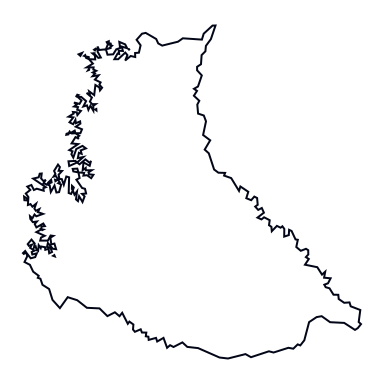 Maracaju, Mato Grosso do Sul, Brazil (orthographic projection)
{"feature_id": "56859067B1064226501781", "entity_name": "Maracaju", "entity_type": "district", "adm_level": 2, "iso_a3": "BRA", "parent_name": "Brazil", "parent_adm1": "Mato Grosso do Sul", "projection": "orthographic", "projection_center": [-55.512, -21.462], "detail": "fine", "context": "isolated", "style": "outline", "palette": "ink", "viewbox_px": 384, "rotation_deg": 0, "n_neighbors": 0, "source": "geoboundaries", "source_scale": "gbopen_adm2", "svg_char_len": 5705}
<svg xmlns="http://www.w3.org/2000/svg" viewBox="0 0 384 384"><path d="M142.0,33.7L136.6,39.8L140.6,45.3L138.9,52.7L135.1,53.0L135.2,57.0L130.7,56.0L125.2,60.5L127.4,55.1L125.3,52.6L118.2,59.2L114.4,59.2L117.6,53.5L119.2,54.0L118.7,50.7L122.9,51.0L121.8,46.6L127.1,48.2L125.2,44.4L119.3,41.9L120.1,48.0L116.3,49.3L113.2,54.3L107.5,54.7L105.9,49.3L99.2,50.0L97.6,46.5L97.6,51.7L100.8,57.5L98.3,57.9L94.8,54.2L95.2,59.4L89.0,59.2L92.9,63.6L86.7,67.4L93.6,67.4L93.3,69.5L96.2,70.8L92.8,72.5L95.0,73.5L92.6,76.2L98.6,75.3L94.9,79.6L100.6,82.4L99.4,84.7L102.1,87.7L100.0,90.4L99.4,87.5L95.4,85.0L94.2,95.1L89.1,91.3L89.8,94.3L86.6,93.0L91.9,97.5L89.9,101.6L93.3,105.4L93.3,110.6L90.4,105.7L88.4,109.8L87.0,105.4L83.3,106.5L86.1,101.1L81.2,96.9L77.9,97.1L81.5,100.5L79.5,103.9L74.1,102.5L76.6,104.8L74.1,106.5L78.0,107.1L77.2,109.7L80.9,110.9L77.4,115.1L76.8,112.3L73.0,112.0L73.6,113.6L68.6,116.7L73.3,117.4L69.5,122.3L73.2,124.2L75.4,119.9L75.9,123.2L80.1,121.4L80.4,123.6L75.8,126.7L82.0,129.3L80.4,133.2L75.4,133.2L79.2,135.8L77.5,137.1L78.8,138.8L75.5,137.1L71.6,143.4L78.1,144.1L69.3,150.1L72.5,151.3L71.4,154.2L73.3,157.6L76.3,149.0L82.5,145.9L85.9,148.4L80.7,150.4L81.6,153.8L78.9,152.8L77.8,158.1L83.4,157.0L77.1,162.5L79.5,164.3L85.4,159.4L89.9,163.0L91.0,160.8L89.7,165.8L83.5,162.4L82.7,170.1L85.7,167.9L85.8,170.3L91.8,170.2L88.5,172.4L89.1,174.3L93.4,174.8L91.2,178.2L87.0,175.2L83.4,175.6L84.1,172.9L78.4,172.4L79.6,178.0L76.4,179.7L82.1,188.0L85.0,188.8L86.1,193.5L82.1,193.9L84.6,196.4L82.5,202.0L79.1,196.2L78.0,201.1L76.0,199.4L77.0,191.4L74.5,194.7L72.8,190.4L71.1,193.9L68.7,193.0L69.1,177.3L66.3,176.5L63.8,184.8L61.8,179.1L59.4,179.0L58.6,174.7L62.0,171.0L58.6,170.8L59.9,167.1L58.0,164.6L54.1,170.9L55.4,173.9L53.6,176.6L55.8,175.9L59.7,182.3L58.3,183.2L61.2,184.5L59.1,192.1L56.4,192.5L54.5,185.5L50.8,192.0L49.7,185.4L43.5,183.3L45.8,179.8L43.5,181.1L41.1,178.4L41.7,173.5L39.7,173.7L38.7,177.3L33.2,178.6L45.8,187.2L43.4,188.1L43.7,190.7L36.8,188.7L33.9,190.0L31.4,185.0L27.3,186.6L30.3,189.9L25.8,193.5L28.4,197.1L27.9,205.0L30.5,204.1L32.4,206.7L36.1,203.7L34.4,208.6L35.9,210.8L39.3,209.1L37.9,212.1L43.0,213.9L36.3,216.3L34.5,214.5L32.4,218.3L30.0,216.2L30.3,218.9L32.8,222.1L36.9,221.5L34.7,224.0L36.4,227.4L43.3,223.5L44.9,226.1L41.4,226.5L41.5,229.3L36.4,232.1L44.7,235.8L41.0,237.6L40.2,240.6L47.9,240.6L50.6,235.5L53.3,235.9L50.4,237.7L51.3,244.4L54.4,243.6L56.1,249.2L52.9,248.8L47.9,243.0L47.0,246.9L50.4,247.6L52.0,252.0L49.2,253.3L48.6,248.8L45.3,249.8L45.0,247.2L41.1,246.5L40.7,248.1L38.7,245.2L38.1,250.9L36.7,250.3L35.7,246.4L33.9,247.8L34.7,243.5L31.5,239.6L27.7,244.1L28.8,245.8L31.9,244.7L30.1,247.8L34.5,250.6L31.7,252.0L32.3,254.5L36.8,253.3L35.2,257.1L30.7,258.3L26.2,252.5L27.3,256.1L24.5,262.0L29.9,264.8L33.2,271.7L38.7,275.8L37.8,277.8L40.4,278.7L42.5,284.8L49.1,289.0L52.5,299.9L59.9,308.1L67.7,297.2L77.2,300.2L86.9,307.8L99.5,308.4L107.4,316.1L114.9,312.3L119.5,316.2L122.2,312.8L127.8,323.8L129.4,321.6L133.4,324.5L133.0,329.5L134.9,331.8L140.7,329.3L141.9,332.5L146.3,332.6L145.8,336.3L148.4,336.7L148.7,339.9L156.0,337.9L157.2,341.5L163.5,337.9L167.1,347.8L170.1,345.2L173.5,347.0L182.4,342.4L187.3,346.9L198.1,348.1L219.5,357.5L228.0,358.5L245.5,354.1L251.0,357.2L268.9,351.3L273.6,352.5L288.4,347.8L293.3,348.7L297.7,344.4L300.3,345.4L304.3,340.3L309.1,322.1L316.6,317.1L321.7,316.2L330.1,322.2L344.2,322.9L355.0,329.9L357.8,328.1L361.0,324.1L358.7,322.0L360.3,310.0L350.7,306.3L349.5,302.4L344.2,302.8L338.7,299.0L338.3,294.8L333.5,294.7L329.5,288.3L325.7,287.2L324.3,284.7L328.0,283.3L330.6,278.3L324.1,277.7L325.2,271.7L322.0,274.6L317.3,267.2L305.0,264.7L308.8,259.0L305.9,257.1L308.3,254.5L308.2,250.2L306.0,248.8L300.8,250.8L296.3,247.0L297.8,239.8L295.5,239.4L291.6,231.0L289.1,229.8L288.8,235.1L284.2,236.6L284.3,228.9L282.4,226.3L280.6,227.7L276.9,225.9L271.8,231.2L271.4,226.8L269.0,225.2L269.7,220.2L264.1,217.3L261.5,219.4L257.5,217.6L263.9,212.7L261.8,208.0L258.2,209.9L255.2,206.6L257.7,204.8L257.1,198.0L254.3,196.6L251.2,200.2L246.3,198.2L248.3,191.8L240.4,186.5L239.0,190.9L231.2,178.1L224.1,175.6L225.1,172.9L218.4,172.7L214.1,169.5L208.8,153.3L204.7,149.6L210.2,140.3L203.1,135.0L206.0,121.3L203.8,115.5L198.1,113.6L197.3,104.6L199.3,100.8L193.9,95.7L197.0,90.9L194.0,88.8L198.0,86.5L201.8,75.4L197.1,70.3L197.1,66.8L201.0,64.2L201.6,55.1L205.4,51.3L205.9,45.9L210.9,39.1L215.5,25.5L212.5,25.6L203.7,33.7L201.9,39.6L182.8,38.3L178.0,41.7L162.2,45.6L158.2,43.4L156.2,39.0L145.7,32.9L142.0,33.7ZM54.3,255.1L54.8,256.4L53.2,255.8L54.3,255.1ZM94.6,104.9L94.1,104.1L95.7,104.1L94.6,104.9ZM96.4,110.4L95.2,109.5L96.3,109.0L96.4,110.4ZM41.5,229.3L43.2,229.6L42.2,230.1L41.5,229.3ZM105.9,49.3L111.4,47.9L109.8,47.6L112.0,45.7L109.5,44.7L111.4,43.4L108.9,43.7L108.8,41.2L106.7,42.1L107.9,44.2L105.9,49.3ZM77.1,162.5L75.4,160.9L68.5,161.3L69.2,166.0L77.1,162.5ZM78.4,172.4L77.3,168.6L72.7,168.9L73.3,171.4L78.4,172.4ZM27.7,200.5L27.1,198.6L24.1,196.6L24.4,200.2L27.7,200.5ZM75.4,133.2L74.7,130.6L70.6,133.0L71.9,133.5L75.4,133.2ZM47.5,184.2L51.6,182.4L51.1,179.8L48.1,182.7L47.5,184.2ZM89.0,59.2L88.7,57.0L85.6,56.5L86.1,57.9L89.0,59.2ZM26.2,252.5L25.2,251.0L23.0,253.1L23.8,253.9L26.2,252.5ZM80.4,55.9L82.1,52.9L78.6,54.3L80.4,55.9ZM72.8,190.4L73.8,187.5L72.0,185.8L71.9,189.0L72.8,190.4ZM75.9,97.0L78.5,95.1L77.3,94.7L75.9,97.0ZM95.0,50.4L96.3,48.2L94.1,49.7L95.0,50.4ZM68.8,133.0L66.5,133.8L66.3,134.8L68.4,134.4L68.8,133.0ZM94.0,54.7L94.4,53.3L92.5,53.4L94.0,54.7ZM70.6,133.0L69.6,131.6L68.8,133.0L70.6,133.0ZM56.8,180.3L55.1,179.8L55.4,181.2L56.8,180.3ZM129.1,49.2L128.2,48.8L129.6,50.2L129.1,49.2ZM85.6,56.5L85.2,55.1L84.1,55.9L85.6,56.5ZM89.2,68.6L88.1,70.3L89.1,69.9L89.2,68.6Z" fill="none" stroke="#020617" stroke-width="2"/></svg>